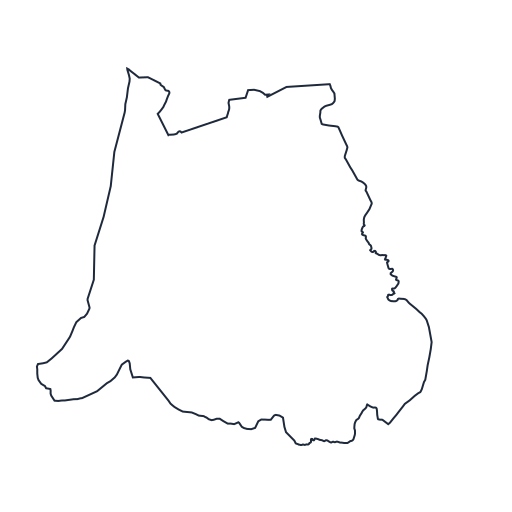 Home, Vientiane, Laos, rotated 102°
{"feature_id": "54806243B40513758321567", "entity_name": "Home", "entity_type": "district", "adm_level": 2, "iso_a3": "LAO", "parent_name": "Laos", "parent_adm1": "Vientiane", "projection": "albers", "projection_center": [103.339, 18.699], "detail": "fine", "context": "isolated", "style": "outline", "palette": "slate", "viewbox_px": 512, "rotation_deg": 102, "n_neighbors": 0, "source": "geoboundaries", "source_scale": "gbopen_adm2", "svg_char_len": 6107}
<svg xmlns="http://www.w3.org/2000/svg" viewBox="0 0 512 512"><g transform="rotate(102 256 256)"><path d="M72.6,219.6L84.3,261.3L97.9,278.0L96.6,278.6L95.6,277.9L96.4,280.6L95.0,283.1L93.9,286.5L93.8,292.4L95.4,298.2L103.4,299.1L108.8,314.6L109.2,314.7L112.0,314.7L114.5,313.6L115.6,313.2L116.9,312.9L118.1,312.8L119.6,312.9L120.8,313.1L122.3,313.1L123.9,313.3L126.4,313.5L150.7,354.5L149.9,355.7L149.9,356.7L150.5,357.6L151.9,358.5L152.4,358.6L152.9,359.0L153.3,359.7L153.8,360.6L154.4,362.1L155.2,365.1L155.5,366.6L155.9,366.9L137.4,381.7L135.0,380.2L132.6,379.0L129.5,377.6L127.6,377.2L123.6,376.1L121.6,375.9L117.8,375.3L115.4,374.7L114.4,374.6L113.3,375.1L112.7,376.0L112.8,378.4L112.6,379.0L111.7,379.9L109.9,381.3L108.8,384.1L108.3,385.0L107.1,385.5L103.6,398.9L105.8,407.6L100.8,417.8L100.0,419.1L99.5,420.9L100.7,420.5L105.6,417.8L108.8,416.4L111.7,416.0L118.6,416.1L127.7,415.3L134.6,415.4L140.6,414.4L143.0,414.3L183.6,416.2L217.9,412.6L249.5,413.2L279.3,416.1L312.9,409.7L332.9,411.8L334.2,411.6L341.0,408.1L342.2,408.0L347.6,409.3L351.3,411.3L353.0,414.3L358.1,418.0L363.5,419.3L367.8,420.0L373.5,421.1L374.9,421.6L387.2,426.4L398.7,434.6L403.5,438.5L405.2,442.0L407.0,446.8L409.7,447.3L412.3,446.4L416.5,445.5L420.5,444.2L422.6,442.9L425.7,439.5L427.1,435.4L429.0,433.8L428.9,431.3L428.9,429.5L430.3,428.9L433.3,428.3L435.1,427.3L439.4,423.0L438.9,419.2L437.8,416.2L437.0,412.8L434.0,404.6L433.1,400.9L431.7,398.1L431.2,396.6L421.3,383.3L411.4,375.4L408.6,372.3L404.1,368.9L400.8,367.4L395.6,366.1L390.2,364.7L386.4,361.3L384.9,359.6L385.2,358.5L387.3,357.2L393.0,355.4L400.4,351.2L398.5,344.7L398.1,340.3L397.2,334.0L415.7,311.5L418.2,308.9L418.9,307.6L419.1,307.3L420.6,304.4L422.2,299.9L423.4,295.3L422.4,286.4L423.2,281.9L424.0,278.8L423.5,273.9L424.2,271.7L424.2,271.0L425.5,268.2L425.8,265.3L425.0,263.3L423.4,260.7L422.7,257.7L424.2,253.9L425.8,248.9L425.2,246.0L425.0,242.4L423.3,240.0L422.3,238.7L422.7,237.8L426.0,234.4L426.8,232.0L427.0,228.8L426.4,224.7L424.3,221.1L417.2,219.4L414.9,216.9L414.2,213.5L413.7,209.9L413.1,207.5L408.4,205.2L407.8,204.5L407.3,203.6L407.2,199.8L408.5,196.0L417.2,192.7L422.1,190.0L428.6,180.1L431.0,178.2L431.2,177.1L431.3,175.8L431.6,175.1L431.5,174.1L431.6,173.2L431.5,172.5L431.1,171.6L430.6,170.9L430.6,170.4L430.7,169.3L430.5,168.7L429.8,167.5L429.6,166.2L429.4,165.6L428.8,165.1L428.0,164.9L427.7,164.7L427.3,164.0L426.9,163.7L426.5,163.6L426.0,163.6L424.0,164.1L423.6,164.0L423.3,163.5L423.3,163.1L423.3,162.8L423.7,162.5L424.2,162.2L424.3,161.8L424.3,161.2L424.2,161.0L423.6,160.7L422.3,160.4L422.1,159.3L422.2,157.7L422.3,156.5L422.6,155.8L422.5,154.3L422.5,153.0L423.0,151.1L422.9,150.6L421.7,149.3L421.6,148.7L421.6,147.8L422.5,145.5L422.8,144.3L422.8,143.7L421.7,142.2L421.6,141.7L421.8,140.8L421.7,140.0L420.8,138.5L420.7,137.5L421.0,135.0L420.9,134.3L420.7,133.2L420.6,130.9L419.9,127.7L419.3,127.0L417.4,125.2L417.0,124.1L416.5,123.5L415.9,123.0L415.0,122.6L410.9,122.2L409.4,122.2L407.0,122.7L405.9,123.0L404.2,124.0L402.4,124.3L399.9,124.6L398.5,124.5L397.0,124.2L395.5,123.7L394.1,122.3L393.2,121.7L390.7,121.2L387.5,120.0L386.6,119.8L384.7,119.1L384.0,118.5L382.2,117.2L381.2,116.7L380.6,116.6L378.7,116.5L378.1,116.3L379.3,113.1L379.8,110.8L379.9,109.6L379.5,108.4L379.4,107.3L379.7,106.7L380.3,106.2L382.5,105.4L386.2,104.4L390.0,102.9L390.3,102.5L390.3,101.7L390.3,100.6L389.9,98.6L390.1,97.9L393.0,91.7L391.2,90.3L386.2,87.8L382.3,85.7L378.7,84.0L372.8,81.1L369.7,79.7L365.3,75.7L359.7,71.6L356.4,68.7L355.0,67.0L353.8,66.6L351.6,66.1L344.4,65.5L341.9,64.7L333.2,65.0L327.1,65.4L318.9,65.4L310.7,65.7L303.7,66.3L289.6,72.1L283.5,75.6L282.0,76.9L279.9,79.4L278.0,82.0L276.9,84.3L274.4,88.4L270.7,95.6L269.9,96.9L267.8,99.6L267.3,101.2L267.3,103.0L267.7,105.1L267.9,107.4L268.5,108.2L269.6,108.4L270.6,109.2L271.2,110.0L271.8,112.5L271.8,113.4L272.0,114.2L271.9,115.3L271.5,116.6L271.0,117.5L268.9,119.1L268.3,118.9L267.7,118.6L266.5,118.6L266.3,118.3L266.1,117.8L266.3,116.8L266.2,116.0L265.9,115.2L265.6,114.6L264.7,114.0L264.1,113.4L264.0,113.0L263.7,112.8L263.4,113.1L263.2,113.5L262.8,113.8L262.1,113.8L261.8,114.2L261.7,114.7L261.4,115.4L260.9,115.8L259.9,116.1L259.5,115.9L259.4,115.6L259.2,114.4L258.8,113.7L258.1,113.1L256.3,112.2L254.3,111.4L253.4,111.0L251.4,111.1L250.8,111.4L250.4,112.1L250.4,113.3L250.3,113.8L250.0,114.1L247.8,113.9L247.4,114.1L247.2,114.7L247.1,116.4L246.9,118.1L246.6,119.1L245.8,120.5L244.8,120.7L242.8,119.2L241.9,118.9L241.3,119.0L240.6,119.4L240.2,120.0L240.3,120.5L240.8,121.9L240.9,122.9L240.8,123.2L240.2,123.9L236.2,126.0L235.1,126.5L234.5,126.2L234.0,125.5L233.5,125.3L233.0,125.4L232.7,125.7L232.5,127.3L232.7,128.9L232.3,129.2L231.3,128.9L228.7,128.6L228.3,129.1L228.3,130.0L228.7,131.6L228.8,132.7L229.4,134.3L229.4,135.9L229.1,136.7L228.5,138.2L228.5,138.9L228.1,139.6L227.3,139.5L226.8,139.8L226.3,140.5L226.4,141.4L227.7,142.3L227.9,142.8L227.9,143.3L227.8,143.7L227.6,144.2L226.6,145.5L226.2,145.4L225.8,145.0L225.1,144.6L224.5,144.6L223.9,144.8L222.1,145.7L221.5,146.5L221.1,147.5L220.4,148.2L219.5,148.7L218.8,149.7L216.9,151.7L215.8,152.4L214.6,152.4L213.8,152.7L213.4,153.3L213.3,155.2L213.1,156.3L212.5,156.9L212.0,156.8L210.8,156.3L210.3,156.7L210.1,157.5L209.6,158.0L208.0,158.1L205.8,157.7L204.8,157.3L204.1,156.3L203.5,156.1L203.2,156.3L202.9,156.9L202.2,157.3L200.8,157.4L198.2,158.1L196.7,158.2L195.2,158.1L193.2,157.5L191.2,156.6L186.6,154.8L180.8,153.7L180.0,153.9L178.8,154.6L178.0,155.4L170.2,161.3L169.2,162.4L168.2,162.5L167.0,162.4L166.0,162.4L164.8,162.7L164.0,163.3L162.8,164.8L161.7,167.0L161.2,168.5L160.9,170.9L160.7,171.8L160.2,172.7L152.2,179.7L149.7,182.2L142.9,188.1L141.6,189.5L140.7,189.8L139.5,189.9L133.6,189.3L131.5,189.2L130.6,189.2L129.5,189.8L128.0,191.0L120.1,197.0L116.3,199.7L112.9,202.2L112.5,203.1L112.6,205.7L113.2,211.8L113.4,218.0L113.1,219.2L109.3,221.2L107.4,222.3L105.9,222.7L102.1,222.9L100.6,223.2L99.6,223.0L98.4,222.4L95.6,220.1L94.5,218.6L92.7,215.1L91.7,213.4L90.3,212.3L88.4,211.4L87.3,211.4L85.7,211.6L80.7,213.1L79.2,214.6L77.8,216.2L76.2,217.6L74.1,218.6L72.6,219.6Z" fill="none" stroke="#1e293b" stroke-width="2"/></g></svg>